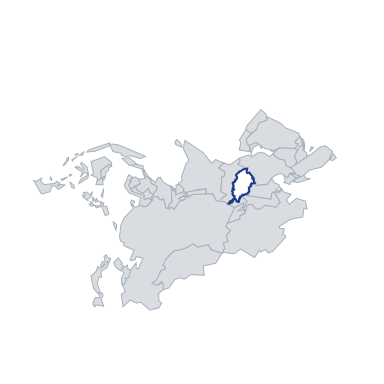 Afghanistan highlighted on a map of Asia, rotated 150°
{"feature_id": "AFG", "entity_name": "Afghanistan", "entity_type": "country or territory", "adm_level": 0, "iso_a3": "AFG", "parent_name": "Asia", "parent_adm1": "", "projection": "mercator", "projection_center": [67.565, 33.924], "detail": "fine", "context": "in_parent", "style": "outline", "palette": "blue", "viewbox_px": 384, "rotation_deg": 150, "n_neighbors": 45, "source": "natural_earth", "source_scale": "50m", "svg_char_len": 16802}
<svg xmlns="http://www.w3.org/2000/svg" viewBox="0 0 384 384"><g transform="rotate(150 192 192)"><path d="M195.6,124.3L191.9,127.1L190.4,132.2L185.7,131.1L184.0,137.2L178.0,139.3L180.2,145.1L178.7,147.8L164.3,144.7L162.6,147.3L157.1,146.6L151.1,153.1L146.5,151.6L145.0,145.7L142.2,143.3L135.3,144.0L127.0,137.1L120.8,139.1L120.9,151.1L116.4,147.9L112.7,149.6L112.7,146.4L107.4,140.4L114.0,138.2L114.0,132.7L104.6,134.3L98.3,127.3L100.9,119.7L103.3,121.9L108.5,115.0L120.3,119.1L133.7,118.4L134.3,116.7L130.4,114.0L134.6,110.0L132.8,107.3L133.9,105.9L152.1,100.2L156.4,101.1L157.1,105.4L162.7,105.8L162.5,108.0L170.7,104.0L178.2,118.2L186.2,117.4L195.6,124.3Z" fill="#d9dde1" stroke="#a8b0b8" stroke-width="1"/><path d="M120.9,151.1L120.8,139.1L127.0,137.1L135.3,144.0L142.2,143.3L145.0,145.7L146.5,151.6L150.2,153.1L156.6,148.1L155.3,150.4L161.6,152.5L158.5,154.8L155.8,154.5L155.9,152.2L152.7,152.9L150.8,156.7L148.9,156.5L150.5,160.9L149.2,163.9L127.3,146.5L123.6,151.1L120.9,151.1Z" fill="#d9dde1" stroke="#a8b0b8" stroke-width="1"/><path d="M323.3,265.4L323.4,281.0L321.3,279.1L315.3,279.3L317.8,276.7L316.0,272.1L305.8,267.7L304.2,269.1L301.9,266.0L305.9,264.5L302.4,264.5L298.4,261.5L306.6,261.1L307.7,265.8L310.1,267.3L314.8,263.3L323.3,265.4ZM285.2,280.5L283.9,283.5L281.6,283.8L282.8,281.5L285.2,280.5ZM307.1,275.7L306.9,273.9L307.8,272.2L308.4,274.1L307.1,275.7ZM268.3,249.4L266.9,251.6L270.9,257.1L268.1,257.4L264.2,268.8L250.1,266.2L247.0,258.3L248.7,254.5L250.8,257.4L258.6,256.4L260.5,255.8L263.5,249.0L268.3,249.4ZM292.1,267.3L298.3,266.6L299.1,268.4L292.1,267.3ZM289.7,268.3L288.0,267.8L287.6,266.8L290.0,266.7L289.7,268.3ZM292.2,254.1L294.0,256.6L292.6,261.4L290.9,256.8L292.2,254.1ZM275.4,256.1L285.8,255.9L282.1,258.7L273.8,258.7L273.4,260.5L275.6,262.6L281.3,260.7L276.9,263.8L280.9,272.0L278.7,271.8L279.8,269.9L276.9,270.2L275.6,265.5L274.1,266.2L274.4,272.4L272.8,272.8L270.4,265.9L272.9,258.9L275.4,256.1ZM275.2,283.1L270.9,282.1L273.1,281.6L275.2,283.1ZM273.1,280.3L278.1,279.5L280.2,278.6L279.9,279.9L273.1,280.3ZM268.3,278.6L271.2,280.1L265.6,280.8L268.3,278.6ZM240.1,273.3L255.8,275.8L263.1,279.2L260.4,280.2L238.5,275.6L240.1,273.3ZM233.9,260.9L240.3,266.5L239.6,273.2L236.9,273.3L231.9,269.3L214.5,246.2L219.7,246.7L227.3,254.3L231.7,255.9L234.9,259.0L233.9,260.9Z" fill="#d9dde1" stroke="#a8b0b8" stroke-width="1"/><path d="M285.4,281.7L287.5,279.4L290.8,279.3L285.4,281.7Z" fill="#d9dde1" stroke="#a8b0b8" stroke-width="1"/><path d="M73.0,175.2L71.0,179.2L70.8,185.7L69.3,181.0L71.3,175.7L73.0,175.2Z" fill="#d9dde1" stroke="#a8b0b8" stroke-width="1"/><path d="M74.9,172.5L71.3,175.7L74.5,171.4L74.9,172.5Z" fill="#d9dde1" stroke="#a8b0b8" stroke-width="1"/><path d="M72.3,177.7L70.8,180.6L71.5,177.3L72.3,177.7Z" fill="#d9dde1" stroke="#a8b0b8" stroke-width="1"/><path d="M72.3,177.7L80.0,174.9L81.0,178.3L75.8,180.2L78.2,182.9L73.6,186.5L70.8,185.7L72.3,177.7Z" fill="#d9dde1" stroke="#a8b0b8" stroke-width="1"/><path d="M110.5,199.7L116.3,200.1L121.6,195.9L118.6,204.3L111.5,203.0L110.5,199.7Z" fill="#d9dde1" stroke="#a8b0b8" stroke-width="1"/><path d="M108.6,198.4L108.5,196.5L109.8,194.8L110.5,197.2L108.6,198.4Z" fill="#d9dde1" stroke="#a8b0b8" stroke-width="1"/><path d="M100.3,184.2L103.0,188.3L98.6,186.8L100.3,184.2Z" fill="#d9dde1" stroke="#a8b0b8" stroke-width="1"/><path d="M81.0,178.3L80.0,174.9L85.3,171.9L86.0,166.2L89.5,163.2L94.3,163.8L97.4,168.2L95.8,173.2L100.4,177.5L103.3,184.5L94.1,186.6L81.0,178.3Z" fill="#d9dde1" stroke="#a8b0b8" stroke-width="1"/><path d="M119.1,203.7L121.9,198.0L130.1,204.8L125.3,210.0L125.0,213.3L114.1,219.1L111.5,213.2L118.6,210.7L120.2,205.6L119.1,203.7ZM122.2,194.3L121.2,195.0L121.9,194.1L122.2,194.3Z" fill="#d9dde1" stroke="#a8b0b8" stroke-width="1"/><path d="M231.9,230.0L232.8,225.0L240.1,225.9L241.2,224.2L243.8,226.7L243.6,229.7L239.6,231.5L240.6,233.0L234.0,233.8L231.9,230.0Z" fill="#d9dde1" stroke="#a8b0b8" stroke-width="1"/><path d="M238.1,224.9L232.8,225.0L231.9,230.0L226.0,227.0L223.9,237.2L230.8,244.4L228.5,245.7L221.3,239.3L224.7,230.7L221.4,222.8L223.1,220.2L219.5,214.6L221.6,211.4L226.0,209.6L228.8,212.0L228.2,216.9L233.3,214.9L237.0,217.1L239.0,221.7L238.1,224.9Z" fill="#d9dde1" stroke="#a8b0b8" stroke-width="1"/><path d="M243.3,225.1L238.1,224.9L239.0,221.7L235.1,215.1L228.2,216.9L228.8,212.0L226.0,209.6L230.0,207.7L229.7,204.7L233.4,208.7L236.3,208.7L237.2,210.9L235.0,212.5L243.1,220.9L243.3,225.1Z" fill="#d9dde1" stroke="#a8b0b8" stroke-width="1"/><path d="M226.0,209.6L221.6,211.4L219.5,214.6L223.1,220.2L221.4,222.8L224.7,230.7L222.3,235.5L222.2,227.7L219.0,218.4L214.7,221.4L211.9,220.6L212.2,215.2L207.4,206.9L214.1,193.6L218.9,192.2L219.4,189.1L222.6,191.1L220.0,200.7L222.5,200.2L224.6,203.1L223.9,205.3L228.5,205.9L226.0,209.6Z" fill="#d9dde1" stroke="#a8b0b8" stroke-width="1"/><path d="M236.0,234.2L240.6,233.0L239.6,231.5L243.6,229.7L243.7,222.6L235.0,212.5L237.2,210.9L236.3,208.7L233.4,208.7L230.9,204.4L238.4,202.1L244.9,206.7L239.2,213.0L246.9,222.5L247.6,231.3L238.0,238.7L236.0,234.2Z" fill="#d9dde1" stroke="#a8b0b8" stroke-width="1"/><path d="M298.7,147.6L296.4,152.5L291.3,156.0L292.9,160.2L284.5,161.0L286.1,157.1L283.5,155.4L285.4,153.4L289.7,149.5L292.9,150.6L292.5,148.9L297.1,145.7L298.7,147.6Z" fill="#d9dde1" stroke="#a8b0b8" stroke-width="1"/><path d="M288.0,162.1L293.2,159.5L295.8,165.0L295.0,170.0L288.8,172.0L287.9,165.2L289.7,164.7L288.0,162.1Z" fill="#d9dde1" stroke="#a8b0b8" stroke-width="1"/><path d="M196.6,124.0L207.2,118.4L219.2,122.4L223.0,113.7L234.5,121.1L242.1,120.4L245.9,124.1L251.1,124.6L259.9,120.5L265.4,121.8L263.2,129.7L268.7,128.4L272.8,132.0L257.8,139.7L254.0,138.7L252.7,140.9L253.9,143.2L250.5,146.1L237.5,150.2L227.7,146.8L217.0,146.6L214.6,141.6L204.2,138.1L204.2,132.6L196.6,124.0Z" fill="#d9dde1" stroke="#a8b0b8" stroke-width="1"/><path d="M219.4,189.1L218.9,192.2L214.1,193.6L208.3,205.4L207.0,201.4L206.0,203.0L204.7,201.7L207.6,197.8L201.7,197.1L198.5,193.9L197.7,195.7L199.4,197.1L197.4,199.1L198.8,199.8L199.3,206.3L194.7,206.8L193.6,210.3L183.3,219.3L178.9,220.9L177.8,234.5L172.3,240.2L162.7,220.7L160.6,207.2L155.4,208.4L150.0,201.2L156.8,199.5L153.2,192.6L155.8,189.8L158.6,190.0L166.8,178.0L163.2,172.2L170.7,171.2L173.0,168.8L175.5,172.2L175.1,180.1L180.8,183.8L178.3,187.6L186.0,191.5L197.3,194.0L198.9,189.6L199.2,192.2L201.3,193.2L206.8,192.9L206.0,190.4L216.5,185.8L216.8,188.7L219.4,189.1Z" fill="#d9dde1" stroke="#a8b0b8" stroke-width="1"/><path d="M207.0,201.4L207.6,209.0L205.3,203.6L203.1,203.5L202.6,206.0L199.6,205.4L197.4,199.1L199.4,197.1L197.7,195.7L198.5,193.9L201.7,197.1L207.6,197.8L204.7,201.7L206.0,203.0L207.0,201.4Z" fill="#d9dde1" stroke="#a8b0b8" stroke-width="1"/><path d="M206.0,190.4L206.8,192.9L199.2,192.2L202.0,189.0L206.0,190.4Z" fill="#d9dde1" stroke="#a8b0b8" stroke-width="1"/><path d="M197.5,190.1L197.3,194.0L195.3,194.1L178.3,187.6L181.8,183.2L192.0,189.2L197.5,190.1Z" fill="#d9dde1" stroke="#a8b0b8" stroke-width="1"/><path d="M173.0,168.8L170.7,171.2L163.2,172.2L166.8,178.0L158.6,190.0L155.8,189.8L153.2,192.6L156.8,199.5L150.0,201.2L145.7,196.6L134.1,197.6L135.0,194.5L138.4,193.1L132.6,184.8L136.6,186.2L145.6,184.7L147.0,180.7L152.7,179.1L158.7,165.8L166.6,163.9L169.1,167.6L173.0,168.8Z" fill="#d9dde1" stroke="#a8b0b8" stroke-width="1"/><path d="M149.2,163.9L150.5,160.9L148.9,156.5L155.9,152.2L156.7,154.5L153.0,156.7L163.1,157.0L166.2,163.1L158.7,165.1L156.2,159.9L152.4,163.9L149.2,163.9Z" fill="#d9dde1" stroke="#a8b0b8" stroke-width="1"/><path d="M156.6,148.1L162.6,147.3L164.3,144.7L178.7,147.8L163.1,157.0L153.0,156.7L153.3,154.9L161.6,152.5L155.3,150.4L156.6,148.1Z" fill="#d9dde1" stroke="#a8b0b8" stroke-width="1"/><path d="M112.7,149.6L116.4,147.9L119.7,151.3L123.6,151.1L127.3,146.5L146.1,161.4L146.0,163.3L144.2,162.4L135.8,169.4L133.4,168.3L133.2,165.9L124.2,161.3L116.1,163.7L116.0,158.4L113.1,155.1L113.7,152.5L118.0,152.2L115.6,148.5L113.4,151.7L112.7,149.6Z" fill="#d9dde1" stroke="#a8b0b8" stroke-width="1"/><path d="M103.3,184.5L100.4,177.5L95.8,173.2L97.4,168.2L93.0,161.4L92.7,157.0L97.5,159.1L102.1,156.5L104.8,162.6L108.7,164.7L115.8,164.4L122.5,161.0L133.2,165.9L131.8,176.0L134.8,182.3L132.6,184.8L138.4,193.1L135.0,194.5L134.1,197.6L124.3,195.8L123.3,192.6L115.0,193.0L110.3,190.1L107.0,183.9L103.3,184.5Z" fill="#d9dde1" stroke="#a8b0b8" stroke-width="1"/><path d="M72.7,176.8L74.9,172.5L73.2,169.0L75.2,164.9L88.5,163.7L86.0,166.2L85.3,171.9L75.4,177.9L72.7,176.8Z" fill="#d9dde1" stroke="#a8b0b8" stroke-width="1"/><path d="M98.4,159.0L91.6,154.4L91.4,151.8L96.2,152.7L98.4,159.0Z" fill="#d9dde1" stroke="#a8b0b8" stroke-width="1"/><path d="M94.3,163.8L75.2,164.9L73.8,167.8L73.8,165.4L70.3,164.9L58.4,166.9L53.5,165.4L50.0,156.9L57.3,151.4L67.5,148.8L79.0,152.2L89.2,150.2L94.3,156.1L92.7,157.0L94.3,163.8ZM49.9,149.5L54.4,148.9L56.7,151.1L50.5,154.7L49.9,149.5Z" fill="#d9dde1" stroke="#a8b0b8" stroke-width="1"/><path d="M182.4,241.3L182.0,243.8L179.0,245.0L177.4,239.7L178.5,235.8L182.4,241.3Z" fill="#d9dde1" stroke="#a8b0b8" stroke-width="1"/><path d="M248.3,215.2L246.3,212.3L251.4,210.5L250.3,214.0L248.3,215.2ZM163.1,157.0L180.2,145.1L178.0,139.3L184.0,137.2L185.7,131.1L190.4,132.2L191.9,127.1L196.6,124.0L204.2,132.6L204.2,138.1L214.6,141.6L217.0,146.6L227.7,146.8L237.5,150.2L247.7,147.2L253.9,143.2L252.7,140.9L254.0,138.7L257.8,139.7L267.2,133.3L272.5,133.3L268.7,128.4L262.6,128.2L265.4,121.8L271.6,120.9L275.1,114.0L273.7,110.9L278.7,108.2L287.5,110.8L291.6,122.3L295.7,123.5L299.5,129.4L309.1,127.0L304.5,138.6L299.6,139.2L298.7,147.6L297.1,145.7L292.5,148.9L292.9,150.6L289.7,149.5L283.5,155.4L275.8,158.6L278.5,153.9L277.2,152.3L267.5,159.1L272.6,163.9L275.3,161.7L278.9,163.0L279.3,164.5L271.3,170.5L277.9,179.7L276.3,182.5L278.3,184.8L277.3,189.2L270.1,199.0L263.5,203.5L251.4,207.1L250.6,209.8L249.3,209.9L249.2,207.1L242.5,206.0L241.7,203.5L238.4,202.1L229.7,204.7L230.0,207.7L223.9,205.3L224.6,203.1L222.5,200.2L220.0,200.7L222.6,191.1L220.8,188.9L216.8,188.7L216.5,185.8L207.9,190.1L202.0,189.0L199.1,191.7L198.9,189.6L192.0,189.2L175.1,180.1L175.5,172.2L169.1,167.6L163.1,157.0Z" fill="#d9dde1" stroke="#a8b0b8" stroke-width="1"/><path d="M276.9,197.0L276.1,203.5L275.1,205.6L273.6,201.5L276.9,197.0Z" fill="#d9dde1" stroke="#a8b0b8" stroke-width="1"/><path d="M98.2,149.4L101.5,151.6L103.4,149.5L107.7,154.4L105.7,154.7L104.1,160.4L102.1,156.5L98.4,159.0L96.3,155.5L94.8,151.3L98.4,151.9L98.2,149.4ZM97.5,159.1L95.9,158.7L94.3,156.1L96.6,156.8L97.5,159.1Z" fill="#d9dde1" stroke="#a8b0b8" stroke-width="1"/><path d="M82.8,144.3L95.9,147.3L98.7,151.5L86.6,150.4L86.4,146.8L82.8,144.3Z" fill="#d9dde1" stroke="#a8b0b8" stroke-width="1"/><path d="M276.3,230.0L274.1,226.9L277.0,227.9L276.3,230.0ZM280.5,237.7L280.3,233.2L281.3,234.7L283.0,232.3L280.5,237.7ZM286.2,235.9L288.9,242.1L288.1,244.3L287.2,241.8L286.1,243.1L286.2,245.9L283.4,244.6L281.9,240.6L277.9,242.1L281.6,238.5L286.4,237.8L286.2,235.9ZM272.6,234.0L266.6,239.3L272.2,232.0L272.6,234.0ZM278.9,215.1L277.4,224.8L282.7,226.1L283.0,229.2L280.3,226.7L274.8,225.9L275.7,224.3L273.1,222.1L275.0,214.4L278.9,215.1ZM278.1,234.3L277.8,230.7L280.8,231.5L278.1,234.3ZM286.4,230.1L287.1,232.8L285.3,232.2L284.8,235.0L283.5,229.1L286.4,230.1Z" fill="#d9dde1" stroke="#a8b0b8" stroke-width="1"/><path d="M225.9,243.8L232.8,246.1L235.8,256.2L229.0,252.7L225.9,243.8ZM268.3,249.4L263.5,249.0L260.5,255.8L250.8,257.4L249.1,256.1L248.7,254.5L252.3,254.8L252.8,252.8L256.7,251.9L259.5,248.5L262.3,249.0L265.5,242.7L271.4,246.4L268.3,249.4Z" fill="#d9dde1" stroke="#a8b0b8" stroke-width="1"/><path d="M262.5,246.3L262.3,249.0L260.6,249.7L259.5,248.5L262.5,246.3Z" fill="#d9dde1" stroke="#a8b0b8" stroke-width="1"/><path d="M325.4,157.7L321.5,169.8L314.3,171.4L310.9,174.6L309.2,171.4L299.5,173.4L301.9,175.5L300.3,180.3L297.6,180.4L298.2,177.9L295.7,175.1L303.4,169.0L310.6,168.7L313.1,163.4L314.7,164.9L319.6,160.7L321.7,151.5L324.2,150.9L325.4,157.7ZM331.9,142.5L333.6,141.1L334.1,144.8L328.5,148.9L324.8,146.7L323.5,150.2L320.8,150.3L320.5,147.1L324.2,144.4L325.6,137.2L331.9,142.5ZM302.8,174.6L306.4,172.1L308.5,173.7L304.3,176.8L302.8,174.6Z" fill="#d9dde1" stroke="#a8b0b8" stroke-width="1"/><path d="M111.5,213.2L114.1,219.1L111.9,221.7L91.2,228.9L89.1,222.6L91.0,216.7L99.6,218.3L104.6,214.1L111.5,213.2Z" fill="#d9dde1" stroke="#a8b0b8" stroke-width="1"/><path d="M70.9,186.1L77.0,184.3L78.2,182.9L75.8,180.2L81.0,178.3L94.1,186.6L100.7,187.1L107.1,193.3L111.5,203.0L119.1,203.7L120.2,205.6L118.6,210.7L104.6,214.1L99.6,218.3L91.0,216.7L89.5,219.8L80.9,207.4L79.3,201.2L70.1,189.6L70.9,186.1Z" fill="#d9dde1" stroke="#a8b0b8" stroke-width="1"/><path d="M70.0,168.3L66.2,171.5L64.5,169.9L70.0,168.3Z" fill="#d9dde1" stroke="#a8b0b8" stroke-width="1"/><path d="M146.0,163.3L146.8,163.2L147.3,163.3L147.6,163.6L147.9,163.7L148.2,163.6L148.4,163.5L148.5,163.6L148.8,163.7L149.0,163.7L149.0,163.8L149.2,164.1L149.5,164.4L149.7,164.5L150.1,164.3L150.2,164.2L150.3,164.1L150.5,163.9L150.9,163.8L151.1,163.7L151.3,163.5L151.5,163.5L151.6,163.4L151.8,163.4L152.1,163.5L152.4,163.9L152.6,164.0L152.8,163.9L152.9,163.7L153.0,163.5L152.9,163.1L152.9,162.9L153.1,162.7L153.4,162.6L153.9,162.5L154.2,162.5L154.3,162.6L154.6,162.7L154.8,162.6L154.9,162.4L154.9,162.0L154.8,161.7L155.1,161.4L155.3,161.1L155.6,160.8L155.8,160.3L156.1,160.1L156.4,160.0L156.8,160.1L157.3,160.4L157.5,160.8L157.4,161.3L157.4,161.6L157.5,161.6L157.9,161.5L158.0,161.5L158.1,161.8L158.0,162.0L157.9,162.5L157.8,163.0L157.8,163.5L157.7,164.0L157.8,164.3L158.0,164.8L158.1,165.1L158.3,165.2L158.4,165.3L158.6,165.3L158.9,165.0L159.4,164.6L159.9,164.4L160.6,164.3L160.9,163.8L161.2,163.5L162.0,163.1L162.4,163.0L162.6,162.9L162.9,163.0L163.0,163.0L163.2,163.4L163.0,163.5L163.7,163.5L164.0,163.4L164.3,163.2L164.5,163.1L164.9,163.2L165.1,163.2L165.4,163.2L165.6,163.3L165.8,163.5L166.0,163.6L165.8,163.7L165.7,163.6L165.4,163.5L165.2,163.6L164.7,163.9L165.0,164.2L165.1,164.3L164.9,164.4L164.3,164.6L163.9,164.9L163.6,164.8L163.3,164.7L163.2,164.7L162.4,164.7L161.7,164.7L161.4,164.8L160.9,164.8L160.6,164.8L160.3,164.9L160.1,165.0L159.9,165.1L159.7,165.1L159.3,165.4L158.9,165.7L158.7,165.9L158.5,166.0L158.4,166.0L158.2,166.0L157.8,166.4L157.4,166.8L157.1,167.2L157.2,167.3L157.5,167.5L157.7,167.8L157.9,168.1L157.9,168.5L158.1,168.6L158.1,168.9L158.1,169.0L158.0,169.3L158.1,169.5L158.1,169.8L157.9,170.1L157.8,170.3L157.6,170.5L157.4,170.6L157.2,170.9L157.0,171.1L156.9,171.4L156.7,171.5L156.8,171.9L156.9,172.1L156.9,172.3L156.9,172.5L156.9,172.8L156.8,173.0L156.3,173.2L155.9,173.3L155.3,173.3L155.1,173.2L154.9,173.2L154.3,173.0L154.1,173.1L154.0,173.4L154.5,173.9L154.6,174.2L154.8,174.7L155.0,174.9L154.9,175.1L154.5,175.4L154.1,175.6L153.6,175.7L153.3,175.8L153.1,175.9L153.0,176.4L152.9,176.6L152.9,176.9L152.8,177.1L152.6,177.3L152.5,177.6L152.6,178.1L152.6,179.0L152.4,179.2L152.1,179.5L151.9,179.7L151.6,179.8L151.4,179.8L151.3,179.6L151.2,179.5L151.0,179.3L150.8,179.4L150.6,179.5L150.3,179.4L150.1,179.3L149.9,179.3L149.9,179.5L149.6,179.7L148.9,180.1L148.7,180.1L148.6,180.3L148.9,180.5L148.6,180.8L148.3,180.9L147.9,181.0L147.5,180.9L147.2,180.7L146.8,180.8L146.5,181.0L146.3,181.5L146.2,181.5L145.7,181.8L145.6,182.1L145.5,182.7L145.5,183.0L145.5,183.5L145.5,183.8L145.4,184.0L145.5,184.4L145.5,184.6L145.4,184.7L145.2,184.8L144.7,185.0L144.0,185.2L143.5,185.3L142.9,185.5L142.6,185.6L142.2,185.6L141.7,185.5L141.3,185.5L141.0,185.6L140.7,185.7L140.5,185.8L140.3,185.9L140.3,186.0L140.0,185.9L139.0,185.7L136.4,186.0L136.2,185.9L135.3,185.6L134.1,185.3L133.4,185.0L132.5,184.7L133.1,184.0L133.7,183.3L134.2,182.7L134.8,182.0L134.8,181.8L134.8,181.4L134.7,180.8L134.5,180.5L133.7,180.4L133.2,180.3L132.6,180.2L132.4,179.7L132.4,179.1L132.4,178.8L132.5,178.3L132.5,178.1L132.2,177.1L132.1,176.6L131.9,176.0L131.9,175.8L131.9,175.6L132.2,175.0L132.3,174.9L132.6,174.7L132.7,174.4L132.4,174.4L132.1,174.4L131.9,174.3L131.7,174.1L131.7,173.9L131.8,173.6L131.7,172.8L131.9,172.5L132.1,172.2L132.6,172.2L132.4,171.9L132.3,171.7L132.5,171.4L132.8,171.2L133.0,170.8L133.1,170.6L133.2,170.2L133.3,170.0L133.2,169.8L133.2,169.6L133.1,169.4L133.4,169.3L133.4,169.2L133.5,168.8L133.6,168.7L133.5,168.4L133.8,168.5L134.2,168.9L134.4,169.0L134.6,169.0L134.9,169.0L135.1,168.9L135.5,169.1L135.8,169.4L135.9,169.5L136.0,169.7L136.4,169.5L136.6,169.5L136.9,169.5L137.0,169.4L137.3,169.2L137.6,169.0L137.8,168.9L137.9,168.6L137.9,168.4L138.1,168.2L137.9,167.8L138.0,167.8L138.1,167.7L138.4,167.7L138.9,167.6L139.3,167.4L139.7,167.3L139.9,167.2L140.1,167.3L140.1,167.2L140.3,167.0L140.5,166.9L140.9,166.6L141.3,166.3L141.4,166.0L141.5,165.7L141.6,165.1L141.8,164.4L141.9,164.2L142.0,163.9L142.3,163.8L142.6,163.6L143.1,163.6L143.7,163.6L143.9,163.2L143.9,162.9L144.0,162.8L144.2,162.7L144.6,162.8L145.1,163.1L145.6,163.2L145.9,163.3L146.0,163.3Z" fill="none" stroke="#1e3a8a" stroke-width="2"/></g></svg>